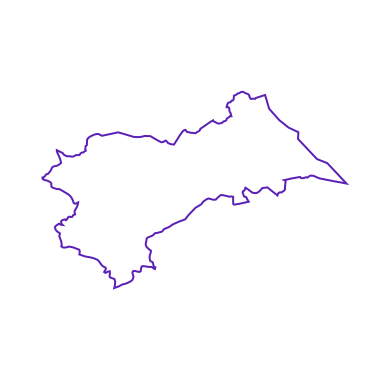 the district of Paulistana, Piauí, Brazil, rotated 12°
{"feature_id": "56859067B88497149636912", "entity_name": "Paulistana", "entity_type": "district", "adm_level": 2, "iso_a3": "BRA", "parent_name": "Brazil", "parent_adm1": "Piauí", "projection": "mercator", "projection_center": [-41.167, -8.128], "detail": "fine", "context": "isolated", "style": "outline", "palette": "violet", "viewbox_px": 384, "rotation_deg": 12, "n_neighbors": 0, "source": "geoboundaries", "source_scale": "gbopen_adm2", "svg_char_len": 4647}
<svg xmlns="http://www.w3.org/2000/svg" viewBox="0 0 384 384"><g transform="rotate(12 192 192)"><path d="M249.5,189.7L247.5,187.6L246.1,185.8L243.8,185.5L242.8,183.9L241.6,181.9L241.7,180.7L242.8,179.7L243.2,178.4L243.4,176.7L246.5,177.9L250.3,179.7L252.0,180.1L253.6,180.0L254.9,179.8L256.4,178.8L257.7,177.4L258.7,175.8L259.9,173.6L264.7,171.8L276.3,177.6L276.6,175.4L277.8,174.1L279.7,173.8L280.5,172.8L281.8,171.6L282.5,169.8L282.0,168.6L281.9,167.2L281.6,165.1L281.5,163.1L281.1,161.5L279.8,161.2L286.7,158.0L294.6,154.8L295.5,155.6L296.6,155.7L298.2,155.2L299.4,154.5L300.6,153.8L301.9,153.9L302.8,152.9L303.7,151.9L304.9,151.2L306.1,151.1L307.3,150.9L313.7,152.2L330.5,151.9L333.5,151.8L335.3,151.7L338.0,151.7L341.3,151.6L334.3,146.7L318.4,135.7L307.4,133.8L284.7,118.1L283.6,111.4L273.0,108.9L267.5,106.1L262.8,103.8L250.2,94.6L243.3,81.9L234.9,86.8L234.3,87.8L232.9,87.9L231.7,88.2L230.1,88.7L228.4,86.9L227.8,85.4L226.4,84.6L225.2,84.4L224.0,84.3L222.6,83.8L221.5,83.5L220.4,83.5L218.9,84.2L217.7,85.5L216.4,86.0L215.4,87.3L214.2,88.2L213.0,89.1L213.3,91.4L213.4,92.5L213.1,93.8L211.8,94.5L210.9,96.2L208.9,97.1L208.3,98.9L208.2,100.5L208.3,101.9L209.9,101.5L211.0,102.2L211.4,103.9L212.2,105.7L213.5,107.0L214.0,108.4L214.8,109.7L213.2,110.1L212.4,111.4L211.2,112.5L210.6,113.5L210.6,114.9L209.3,115.8L208.0,116.6L207.1,118.1L205.3,119.0L203.7,119.6L202.1,119.4L199.8,118.7L198.5,118.5L197.8,117.5L195.9,119.1L187.0,128.5L186.9,129.7L186.0,131.1L184.3,132.5L183.4,133.7L182.3,133.9L181.2,134.0L179.7,134.1L178.1,134.4L176.8,134.1L175.4,134.4L174.3,134.1L172.7,132.6L171.6,133.1L170.7,134.0L169.9,135.4L168.2,139.4L164.5,149.4L161.3,149.6L158.2,149.0L156.9,147.8L155.7,147.2L154.6,147.8L153.8,148.9L152.7,149.4L151.5,149.7L148.4,148.9L139.6,146.0L133.9,147.1L131.6,148.3L129.0,149.2L125.6,150.0L123.4,150.2L113.3,149.4L107.4,149.0L92.3,155.7L88.2,154.7L86.0,155.4L84.7,156.1L83.3,157.1L81.6,158.3L80.1,159.7L79.3,160.9L78.5,162.3L79.4,168.1L78.4,169.3L78.6,171.2L78.7,172.4L79.5,173.7L78.5,174.6L77.4,175.9L75.9,176.5L74.9,177.5L74.4,179.0L72.7,179.7L70.8,180.1L69.5,181.2L68.2,182.1L66.9,182.4L65.6,182.4L62.1,183.0L60.7,182.7L58.8,182.1L57.4,180.8L51.1,179.2L51.5,180.7L54.3,184.5L55.4,186.0L56.2,187.2L57.9,190.7L56.4,192.7L55.1,193.9L54.1,194.6L52.9,195.0L51.5,195.7L50.4,196.6L49.9,197.8L49.5,199.9L48.6,202.0L47.4,204.1L45.5,205.3L44.9,207.0L44.1,208.2L42.7,208.9L43.1,210.2L45.3,210.9L47.5,211.0L49.0,211.1L50.6,211.6L51.8,212.1L52.7,213.0L52.9,214.5L53.5,216.1L55.1,216.8L59.4,217.2L61.6,216.7L66.2,218.2L69.7,219.4L72.6,220.5L75.2,222.5L76.9,224.6L78.0,226.2L78.5,227.3L80.3,227.8L82.8,225.9L82.9,227.7L82.7,230.0L81.9,232.3L81.7,233.5L81.1,234.8L81.5,236.6L82.3,238.2L80.5,239.5L80.0,241.2L78.7,241.7L77.5,241.5L76.1,242.4L75.5,244.5L74.6,245.8L73.6,245.2L72.4,245.7L71.2,246.4L70.1,247.5L70.4,249.0L71.0,250.3L72.3,251.1L70.5,251.3L68.6,250.6L66.4,252.8L65.6,253.8L65.2,255.0L66.7,257.5L68.2,258.6L71.4,259.9L71.4,262.9L74.3,267.4L75.6,270.7L75.5,272.4L77.3,273.1L80.0,272.6L83.3,270.9L87.3,270.9L93.7,271.9L94.6,273.6L94.8,276.5L101.0,277.3L104.8,277.1L107.2,277.1L110.2,277.3L113.0,277.9L114.6,278.4L115.8,279.5L117.3,280.9L119.0,282.4L120.6,283.3L123.1,283.9L123.8,285.0L123.3,287.0L122.7,288.5L124.3,289.1L125.8,287.7L128.0,286.6L128.6,288.4L128.8,291.2L129.6,292.6L131.1,292.8L134.3,293.3L135.5,295.6L135.8,297.2L135.9,299.0L136.0,300.8L135.9,302.1L140.5,299.2L142.5,297.3L145.2,295.9L147.4,294.7L149.9,292.7L151.2,291.5L152.0,290.2L152.4,288.6L152.4,286.8L151.5,285.5L150.8,283.9L150.4,282.8L151.1,281.4L153.1,281.1L154.7,281.2L156.0,281.2L157.5,281.0L158.3,280.0L158.1,278.0L158.2,275.6L159.0,274.8L160.2,274.6L162.0,274.4L164.1,274.4L165.8,274.1L167.8,273.8L169.1,274.0L170.2,274.7L171.7,275.1L171.8,273.3L170.3,273.0L169.5,271.6L168.8,270.0L167.9,268.7L166.3,268.4L165.3,267.9L164.6,266.1L164.1,264.7L163.9,263.4L164.1,261.0L164.2,259.6L164.1,258.0L162.7,257.4L160.5,256.2L159.1,255.2L158.3,254.4L157.7,253.1L157.5,252.0L157.5,250.6L157.5,249.3L157.4,247.9L157.4,246.7L158.2,245.8L159.1,245.0L160.5,244.2L162.5,242.8L163.6,241.3L164.5,239.9L167.0,239.1L168.8,238.0L170.4,237.4L171.4,236.1L172.4,234.0L173.7,233.2L176.3,231.4L178.0,229.9L179.1,228.5L182.0,226.1L183.0,225.5L185.0,224.0L187.6,222.3L191.0,220.2L192.0,218.1L193.3,215.4L198.8,206.5L199.8,205.7L203.8,201.9L204.5,200.0L205.6,198.3L206.9,197.0L207.8,196.1L209.4,194.9L210.8,195.0L212.3,195.0L214.2,195.2L216.8,194.5L217.6,193.3L218.2,192.3L219.0,191.2L220.1,189.7L221.5,188.7L224.4,188.7L226.4,188.7L228.2,188.8L229.7,188.8L231.2,188.2L233.2,188.1L234.8,195.1L235.9,195.6L240.8,193.7L249.5,189.7Z" fill="none" stroke="#5b21b6" stroke-width="2"/></g></svg>